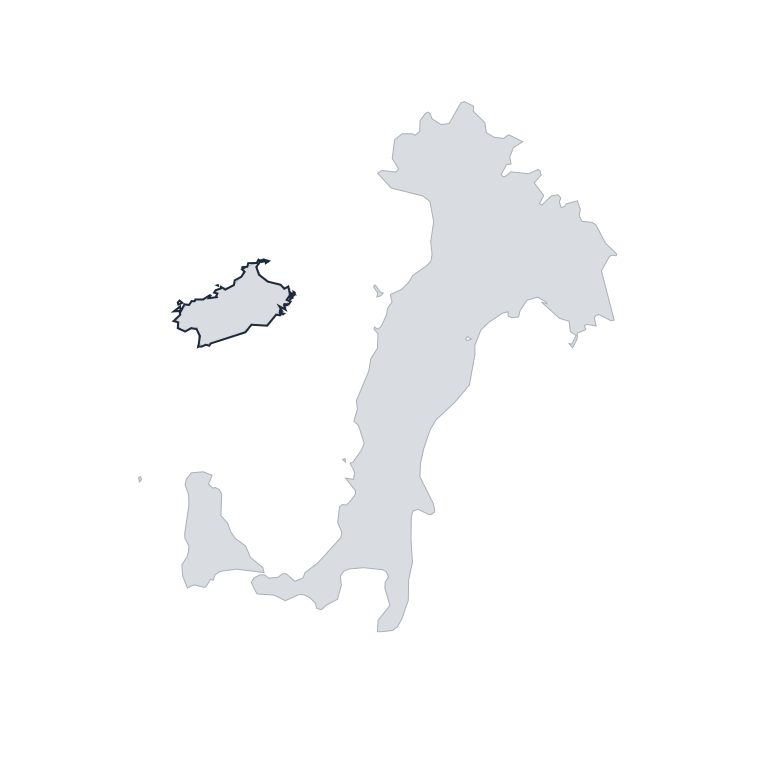 Sardegna, Nuoro, Italy (highlighted), rotated 64°
{"feature_id": "23120603B31191283857260", "entity_name": "Sardegna", "entity_type": "district", "adm_level": 2, "iso_a3": "ITA", "parent_name": "Italy", "parent_adm1": "Nuoro", "projection": "mercator", "projection_center": [9.015, 40.086], "detail": "medium", "context": "in_parent", "style": "outline", "palette": "slate", "viewbox_px": 768, "rotation_deg": 64, "n_neighbors": 0, "source": "geoboundaries", "source_scale": "gbopen_adm2", "svg_char_len": 5604}
<svg xmlns="http://www.w3.org/2000/svg" viewBox="0 0 768 768"><g transform="rotate(64 384 384)"><path d="M173.7,181.7L177.8,184.2L193.4,178.8L202.9,181.9L210.6,176.8L215.7,168.8L214.5,162.8L227.0,153.1L228.3,164.2L235.3,171.6L242.0,173.4L240.5,177.8L247.1,186.9L249.8,186.1L250.7,184.4L249.0,176.8L258.4,161.9L258.8,151.5L260.5,150.4L265.1,151.1L269.0,160.8L284.6,157.8L289.9,165.1L292.4,163.7L288.3,151.1L290.2,144.7L294.3,143.5L297.2,146.6L303.2,147.4L303.5,143.6L302.0,141.1L304.1,130.0L313.1,131.0L318.4,134.9L324.6,134.8L330.0,126.0L334.1,123.8L354.3,123.2L369.3,117.9L370.5,119.1L367.8,123.3L368.7,126.1L377.6,139.0L427.4,149.1L426.7,152.2L416.0,160.2L415.2,163.3L416.8,166.0L424.9,167.9L419.3,175.5L419.4,178.3L423.6,178.7L423.0,187.9L428.2,190.7L434.1,198.6L428.2,200.1L430.6,198.0L424.7,190.1L418.5,193.5L408.7,190.1L402.0,197.4L379.3,206.6L383.2,202.4L381.5,202.3L373.3,207.8L371.4,218.8L377.8,229.7L382.7,233.6L380.5,240.1L377.5,242.6L373.4,240.8L372.3,246.7L374.4,262.3L377.9,273.2L389.1,285.4L397.3,289.3L422.3,307.7L431.4,328.1L439.2,353.5L445.8,363.0L459.4,376.5L471.7,386.3L483.2,392.4L513.4,392.1L521.0,394.3L522.0,398.5L520.5,401.3L511.5,408.3L511.0,413.8L515.3,417.7L535.8,428.0L556.7,436.6L570.8,447.7L589.1,457.0L603.2,471.2L608.3,478.7L609.2,484.5L605.7,494.4L603.8,498.5L593.7,492.8L585.6,475.7L567.8,472.7L562.6,469.8L559.6,464.6L554.0,464.1L550.1,466.9L540.2,482.8L534.9,496.6L534.6,502.2L537.5,507.5L546.1,510.5L557.1,520.2L557.4,532.2L559.4,539.0L556.5,542.8L550.9,541.8L543.5,544.3L538.2,548.6L536.0,552.8L535.5,567.7L525.5,575.4L517.0,590.2L504.3,590.4L501.3,585.8L501.2,579.0L503.4,574.8L508.0,572.8L511.2,564.0L510.2,557.7L512.0,554.9L522.3,550.6L522.8,541.8L518.9,537.7L515.7,521.6L503.1,490.1L499.0,487.0L488.0,486.2L474.9,477.8L474.1,474.3L476.3,470.9L474.8,466.3L470.7,458.3L467.9,456.4L451.7,459.8L456.3,453.3L450.6,449.1L440.5,449.1L440.6,446.2L433.5,433.2L428.7,427.8L410.2,425.1L404.2,427.4L395.1,419.1L386.8,416.0L365.7,392.0L355.5,384.8L349.1,374.3L336.1,367.3L330.2,369.0L328.8,367.6L331.9,365.6L331.2,361.5L322.5,351.0L317.4,347.6L313.8,340.8L306.4,339.1L306.7,326.9L303.9,318.1L299.1,310.7L296.2,292.9L294.0,287.9L288.7,284.0L276.7,279.7L259.9,268.2L240.0,262.7L231.9,266.8L211.1,291.6L191.7,297.4L191.2,292.2L198.6,280.7L197.1,276.4L185.0,277.8L169.1,267.3L167.0,258.0L171.4,249.1L174.1,247.0L172.6,241.1L163.0,236.1L159.0,228.2L158.8,225.5L161.2,224.1L166.9,224.5L175.9,218.9L178.5,211.3L165.0,191.8L165.5,187.8L173.7,181.7ZM381.3,290.3L382.0,285.6L377.9,288.5L379.0,290.7L381.3,290.3ZM500.9,574.5L485.7,597.8L480.6,613.4L481.3,619.4L485.6,623.7L483.4,625.3L488.0,632.7L488.0,634.7L481.2,642.9L481.1,650.1L468.3,649.1L457.9,644.9L452.8,636.6L448.7,633.1L444.3,630.4L435.2,630.5L431.2,628.8L407.3,612.4L398.0,608.1L387.2,606.9L382.9,603.3L379.4,596.1L383.7,584.9L390.7,578.6L397.1,585.7L402.7,583.4L403.0,581.1L406.9,578.2L411.9,578.2L430.8,588.3L440.7,585.5L449.7,586.6L458.0,585.2L468.8,579.4L481.3,580.1L495.8,573.4L500.9,574.5ZM272.9,445.6L279.5,464.8L273.3,476.3L275.7,488.8L270.3,530.8L267.4,532.1L251.0,527.2L249.8,536.8L247.6,540.7L244.4,543.1L235.5,542.5L226.8,528.8L226.1,515.3L227.9,511.3L228.0,503.4L231.4,502.9L231.7,497.6L229.7,494.7L226.4,493.8L226.4,487.8L228.8,483.2L228.8,475.1L224.3,464.7L218.1,457.2L219.4,444.1L224.7,447.4L232.6,447.2L242.1,442.2L257.6,426.7L259.6,429.5L266.2,432.1L272.3,438.8L269.9,443.1L272.9,445.6ZM301.9,344.8L303.3,348.0L302.8,352.3L299.6,349.8L291.9,350.8L291.0,348.6L300.5,346.7L301.9,344.8ZM229.1,535.6L226.9,540.4L224.5,534.1L224.8,533.2L229.1,535.6ZM224.0,434.6L220.5,440.0L218.7,439.8L223.1,433.6L224.0,434.6ZM364.8,646.8L360.6,645.7L360.4,643.5L363.8,643.8L364.8,646.8ZM437.4,452.8L433.8,454.3L433.9,451.7L437.4,452.8Z" fill="#d9dde1" stroke="#a8b0b8" stroke-width="1"/><path d="M225.0,533.3L226.6,541.1L228.6,536.1L232.4,536.7L235.2,545.5L238.4,541.9L243.4,544.9L249.7,539.7L249.2,532.9L252.5,528.4L260.2,528.4L268.8,534.3L270.4,531.7L270.6,526.9L273.0,524.2L271.6,521.9L276.8,485.8L272.6,477.2L280.4,463.4L274.4,450.5L276.6,447.5L272.3,445.3L273.4,443.7L268.0,444.1L274.1,439.9L270.0,439.5L270.2,437.8L268.1,439.3L270.6,434.7L268.9,431.8L265.7,434.6L262.7,429.2L254.4,427.3L254.7,431.9L249.4,433.4L241.0,443.6L231.0,448.5L222.9,447.5L220.0,442.1L217.6,442.8L219.4,445.4L215.9,453.1L218.7,455.5L216.6,460.8L218.3,458.9L218.6,461.4L222.1,460.1L225.1,465.2L225.4,472.8L229.3,475.5L229.6,485.3L225.2,487.9L226.6,488.8L225.9,494.2L227.4,496.7L229.6,494.1L231.5,496.3L231.8,496.2L231.9,496.4L232.6,496.3L230.0,503.9L228.4,501.1L227.8,501.6L228.8,509.5L225.3,516.5L226.6,518.0L225.1,520.6L227.5,524.6L224.9,528.4L229.5,534.7L225.0,533.3ZM223.0,433.6L219.3,437.6L218.9,440.3L220.6,440.5L221.6,436.4L223.5,437.2L223.0,433.6ZM222.7,529.7L219.4,531.1L220.3,533.6L222.5,534.0L222.7,529.7ZM264.8,426.2L263.2,427.9L263.4,429.1L265.5,428.9L264.8,426.2ZM266.7,431.2L266.3,427.4L266.4,428.5L265.9,428.4L266.2,429.6L265.4,430.2L266.7,431.2ZM277.1,444.2L276.9,443.3L276.6,443.8L274.4,445.1L274.5,445.3L277.1,444.2ZM262.6,427.5L261.5,427.8L262.1,428.2L262.6,427.5ZM276.9,446.8L276.1,445.9L275.9,446.3L276.9,446.8ZM264.8,430.2L264.0,429.7L264.0,430.1L264.8,430.2ZM263.5,424.7L262.6,424.7L262.8,425.2L263.5,424.7ZM262.6,425.3L261.6,425.5L262.4,425.7L262.6,425.3ZM262.3,424.4L261.7,424.8L262.5,424.9L262.3,424.4ZM219.5,440.9L219.0,441.2L219.5,441.2L219.5,440.9ZM222.8,490.1L222.3,490.0L222.2,490.6L222.8,490.1ZM272.0,436.1L271.7,435.9L272.0,436.1ZM270.9,436.5L270.5,436.5L270.9,436.5ZM269.2,534.5L268.9,534.7L269.2,534.9L269.2,534.5ZM263.3,424.1L263.0,424.0L263.3,424.1Z" fill="none" stroke="#1e293b" stroke-width="2"/></g></svg>